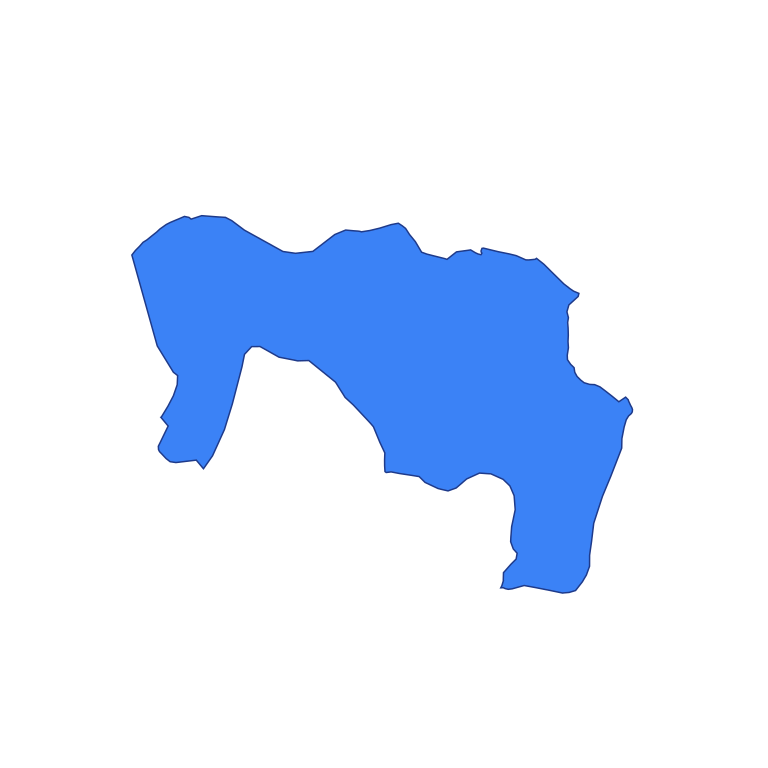 As Sukhnah, Al Hudaydah, Yemen, rotated 38°
{"feature_id": "15242507B99708697665736", "entity_name": "As Sukhnah", "entity_type": "district", "adm_level": 2, "iso_a3": "YEM", "parent_name": "Yemen", "parent_adm1": "Al Hudaydah", "projection": "robinson", "projection_center": [43.357, 14.746], "detail": "fine", "context": "isolated", "style": "filled", "palette": "blue", "viewbox_px": 768, "rotation_deg": 38, "n_neighbors": 0, "source": "geoboundaries", "source_scale": "gbopen_adm2", "svg_char_len": 3278}
<svg xmlns="http://www.w3.org/2000/svg" viewBox="0 0 768 768"><g transform="rotate(38 384 384)"><path d="M481.8,192.6L476.3,194.1L471.9,194.4L463.9,194.4L446.3,192.4L436.4,191.2L426.8,191.1L426.4,192.6L423.4,195.5L421.6,197.2L419.3,198.9L409.7,201.3L408.8,201.6L402.6,204.4L392.6,209.4L384.9,212.9L378.7,215.7L377.7,216.8L378.5,219.3L379.3,220.2L380.2,220.4L380.7,220.9L380.8,222.4L378.2,223.6L375.3,224.3L369.7,225.0L368.3,226.5L360.6,234.4L359.9,235.1L359.7,235.5L356.9,247.0L354.9,247.7L354.2,248.0L344.3,252.4L337.7,255.3L336.1,255.8L332.5,257.0L321.0,252.5L312.1,250.5L305.2,248.1L300.8,248.1L296.3,248.5L291.5,254.0L284.6,263.9L278.4,271.7L272.5,278.0L270.7,278.7L270.5,278.9L269.4,279.5L266.3,281.6L259.0,286.3L257.9,288.2L253.2,296.5L252.8,298.0L248.2,315.9L246.3,323.3L233.8,335.5L222.8,341.8L179.3,348.7L163.5,349.0L156.5,350.3L150.1,354.7L136.7,363.6L130.5,372.8L127.7,372.8L126.1,373.6L123.6,374.8L122.0,377.7L120.2,381.0L119.1,382.9L116.1,388.3L114.2,392.4L112.0,399.8L111.3,404.3L109.9,410.1L108.4,416.6L106.9,420.7L106.6,426.0L105.9,431.8L105.9,437.1L105.9,437.6L181.9,493.6L210.8,504.4L216.2,504.4L216.4,504.7L221.5,511.9L225.3,523.0L227.4,534.4L228.9,547.2L228.7,547.6L239.3,549.9L239.8,550.0L242.0,560.3L243.7,568.1L244.5,572.0L245.4,573.0L246.7,574.5L247.7,575.0L248.8,575.5L251.8,575.9L258.2,576.9L263.3,576.9L268.4,574.0L283.0,559.5L284.4,559.9L285.5,560.1L292.8,561.7L293.9,561.9L293.2,548.5L293.1,546.2L289.8,532.5L289.0,529.3L286.3,518.1L283.3,510.3L276.8,493.2L271.0,479.8L261.5,457.9L259.9,454.7L258.8,452.5L255.8,446.5L255.9,445.4L256.7,436.0L258.9,434.3L263.2,430.8L279.5,428.3L284.8,427.5L286.7,426.5L298.3,420.6L301.6,419.0L310.3,411.8L344.6,412.4L346.7,413.1L352.4,415.2L358.6,417.4L361.3,418.4L361.5,418.5L372.8,419.4L378.5,420.3L394.6,422.8L398.1,423.4L402.0,424.2L416.6,432.5L427.1,437.8L431.3,443.6L434.8,448.0L438.7,452.4L440.2,452.4L443.7,448.9L451.5,444.9L461.6,439.2L468.7,435.3L476.4,436.2L476.9,436.3L490.9,433.1L494.1,431.7L500.3,428.8L500.4,428.6L504.9,421.5L507.5,408.4L507.6,407.9L510.3,402.7L514.1,395.4L520.8,390.9L523.5,389.0L534.5,386.3L536.6,385.8L545.9,386.8L548.2,388.0L555.3,391.9L564.8,402.3L568.2,409.2L568.5,409.9L568.8,410.4L572.4,417.8L576.7,424.2L577.6,425.6L578.7,427.2L580.9,430.3L586.8,434.0L587.5,434.4L593.1,435.4L595.9,440.6L595.0,447.9L594.3,459.1L598.8,465.2L599.1,465.3L601.1,470.5L601.5,472.7L603.4,471.1L605.5,470.6L608.3,469.3L611.1,466.5L618.5,456.5L624.6,453.3L625.0,453.1L629.2,450.9L637.9,446.5L639.6,445.6L653.4,438.8L654.5,437.7L658.2,434.3L662.1,428.8L662.1,424.4L662.1,417.7L661.6,414.1L661.1,410.0L658.2,401.1L651.4,392.3L649.9,389.7L644.5,380.3L643.7,379.0L640.8,374.2L635.0,364.6L629.2,348.7L625.3,338.0L619.5,317.0L611.9,291.8L610.8,288.2L605.1,280.6L599.7,270.0L596.9,263.0L596.4,258.5L596.9,256.1L596.9,255.8L597.1,255.0L596.8,253.1L595.6,251.2L593.8,250.0L591.4,249.0L589.1,247.8L587.3,246.9L586.2,246.1L582.5,245.6L580.0,253.4L571.2,253.2L568.7,253.2L565.7,253.2L561.8,253.2L555.9,253.3L550.4,254.8L546.3,257.7L540.9,259.8L536.5,259.8L531.5,259.2L527.1,257.3L523.7,254.1L519.0,253.6L513.6,251.9L510.7,248.5L507.0,241.9L502.9,237.3L499.2,232.1L494.5,226.4L490.8,222.4L488.5,218.2L483.7,214.5L481.0,207.9L483.1,195.5L481.8,192.6Z" fill="#3b82f6" stroke="#1e3a8a" stroke-width="1.5"/></g></svg>